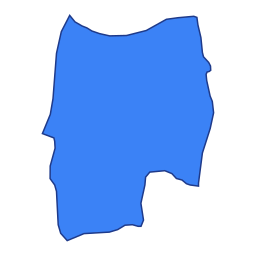 an SVG outline of Couva-Tabaquite-Talparo, rotated 180°
{"feature_id": "TTO-58", "entity_name": "Couva-Tabaquite-Talparo", "entity_type": "Region", "adm_level": 1, "iso_a3": "TTO", "parent_name": "Trinidad and Tobago", "parent_adm1": "", "projection": "equal_earth", "projection_center": [-61.362, 10.449], "detail": "fine", "context": "isolated", "style": "filled", "palette": "blue", "viewbox_px": 256, "rotation_deg": 180, "n_neighbors": 0, "source": "natural_earth", "source_scale": "10m", "svg_char_len": 895}
<svg xmlns="http://www.w3.org/2000/svg" viewBox="0 0 256 256"><g transform="rotate(180 128 128)"><path d="M59.1,238.6L58.1,231.2L55.1,218.4L53.6,203.5L52.5,199.2L47.3,193.5L45.5,190.0L45.3,185.7L46.9,184.5L48.9,184.0L49.9,181.7L49.3,175.5L45.9,160.0L43.7,154.6L42.4,143.2L45.8,127.5L53.6,103.0L57.5,72.9L57.5,69.9L65.8,71.0L69.6,72.3L74.0,76.0L79.6,77.5L84.1,82.4L91.2,85.3L106.2,83.9L110.4,78.9L111.1,71.0L115.1,52.7L112.5,35.9L115.0,29.7L117.9,29.7L123.6,31.3L131.0,30.8L138.3,26.4L146.6,23.9L172.0,22.4L188.8,15.4L195.3,22.7L197.8,31.2L199.5,64.6L201.3,71.0L205.9,77.4L205.8,90.0L200.9,107.8L201.3,114.6L202.1,118.1L213.6,122.4L205.7,141.6L203.0,157.3L199.5,202.7L194.7,224.3L186.3,240.6L181.0,234.1L173.9,230.0L169.1,228.1L164.1,225.0L156.5,222.4L146.3,220.1L129.4,220.5L109.7,225.5L89.6,236.7L77.8,238.3L62.2,239.7L59.1,238.6Z" fill="#3b82f6" stroke="#1e3a8a" stroke-width="1.5"/></g></svg>